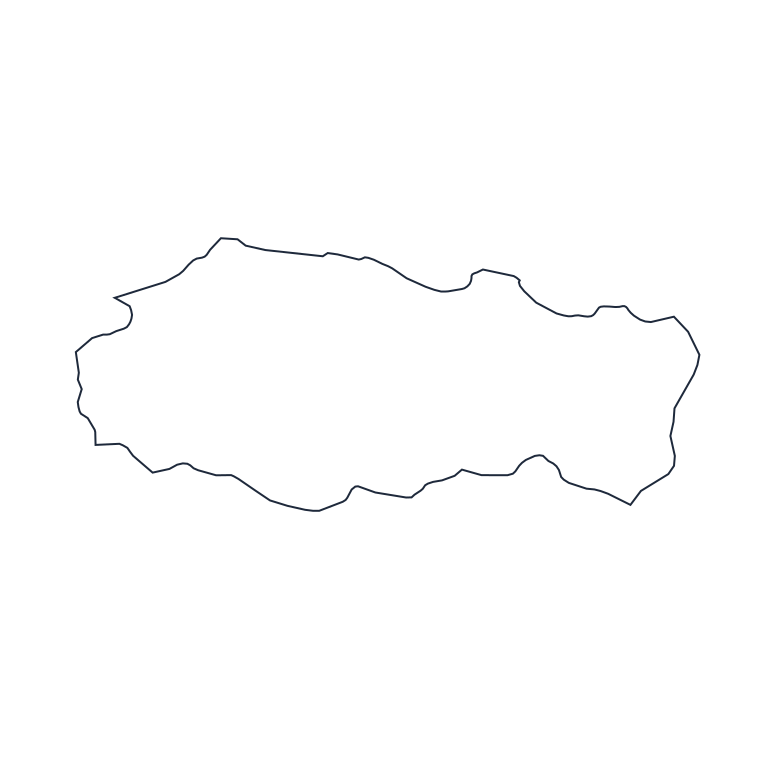 Bumthang, Equal Earth projection, rotated 110°
{"feature_id": "BTN-2480", "entity_name": "Bumthang", "entity_type": "District", "adm_level": 1, "iso_a3": "BTN", "parent_name": "Bhutan", "parent_adm1": "", "projection": "equal_earth", "projection_center": [90.682, 27.708], "detail": "fine", "context": "isolated", "style": "outline", "palette": "slate", "viewbox_px": 768, "rotation_deg": 110, "n_neighbors": 0, "source": "natural_earth", "source_scale": "10m", "svg_char_len": 2293}
<svg xmlns="http://www.w3.org/2000/svg" viewBox="0 0 768 768"><g transform="rotate(110 384 384)"><path d="M248.7,97.6L258.9,96.0L269.2,96.2L307.5,102.7L320.5,99.0L334.9,97.1L352.1,86.1L361.7,83.5L371.4,86.0L396.6,106.0L413.3,111.1L410.5,135.9L410.5,143.9L411.1,150.2L413.1,157.9L413.7,176.5L412.4,182.4L410.8,185.7L405.0,190.2L402.3,193.8L400.8,197.8L400.1,203.2L397.1,210.0L397.8,213.6L400.0,217.7L406.8,224.7L410.9,227.4L414.6,229.0L421.2,230.7L424.2,232.2L427.5,236.8L436.3,261.2L437.8,281.5L446.1,286.2L454.7,296.5L459.2,304.4L462.6,308.7L465.1,310.7L469.2,311.7L471.7,313.1L477.6,317.5L481.1,319.3L483.1,324.4L488.9,355.0L489.0,373.4L490.2,375.9L494.2,378.3L503.5,379.6L506.1,380.4L508.8,382.5L525.3,401.5L527.4,407.2L529.2,415.1L531.5,433.0L532.4,451.3L528.3,467.8L523.0,488.3L522.1,493.6L521.9,496.5L527.2,510.5L528.6,529.2L528.3,534.1L526.7,538.2L526.2,541.5L527.4,545.9L530.6,550.8L537.2,556.6L546.4,571.1L537.3,595.2L534.5,599.5L531.8,603.3L530.9,608.5L530.7,612.2L539.9,634.2L527.9,638.9L526.0,640.2L517.4,650.7L515.6,658.6L513.9,660.6L510.2,663.2L505.7,665.6L492.2,666.3L484.6,673.2L477.8,674.6L459.4,684.5L440.7,674.0L433.7,664.9L432.4,661.4L431.0,658.7L425.9,653.7L421.0,647.4L418.5,645.1L415.1,644.0L412.2,643.6L408.9,643.7L405.2,644.4L401.1,646.9L397.9,649.6L395.1,666.5L362.8,624.3L350.9,614.0L346.4,611.4L338.7,608.4L333.2,605.6L330.2,602.9L327.5,598.2L325.7,596.1L323.3,594.8L317.3,593.3L302.8,587.1L298.1,571.1L301.3,561.3L298.7,541.3L284.9,485.2L280.2,481.7L278.1,471.9L275.7,450.3L274.3,448.1L271.5,445.3L270.8,441.9L270.7,436.0L271.7,426.6L271.9,420.4L272.5,415.9L276.9,398.9L278.4,378.2L278.3,368.9L277.6,362.1L276.3,358.4L275.0,355.4L268.1,343.3L266.5,341.1L263.8,339.1L260.6,337.7L257.3,337.5L254.6,338.0L252.6,338.7L250.8,338.5L249.1,337.0L247.4,334.8L242.6,330.2L238.2,299.0L238.8,295.8L240.2,291.9L242.2,292.1L245.3,289.8L248.9,283.9L255.5,268.8L258.7,246.0L258.1,238.5L257.3,233.9L256.1,230.8L254.4,228.0L253.0,224.9L251.9,219.1L251.0,215.6L249.4,212.5L247.7,211.0L245.8,210.1L238.7,208.1L237.3,206.8L235.9,204.0L234.2,198.9L232.5,192.8L231.0,189.2L229.2,186.4L228.6,184.7L228.8,182.9L229.6,181.3L231.0,179.5L232.7,176.5L234.3,172.5L235.9,165.4L235.9,159.9L234.5,154.4L221.6,134.6L230.9,116.1L248.7,97.6Z" fill="none" stroke="#1e293b" stroke-width="2"/></g></svg>